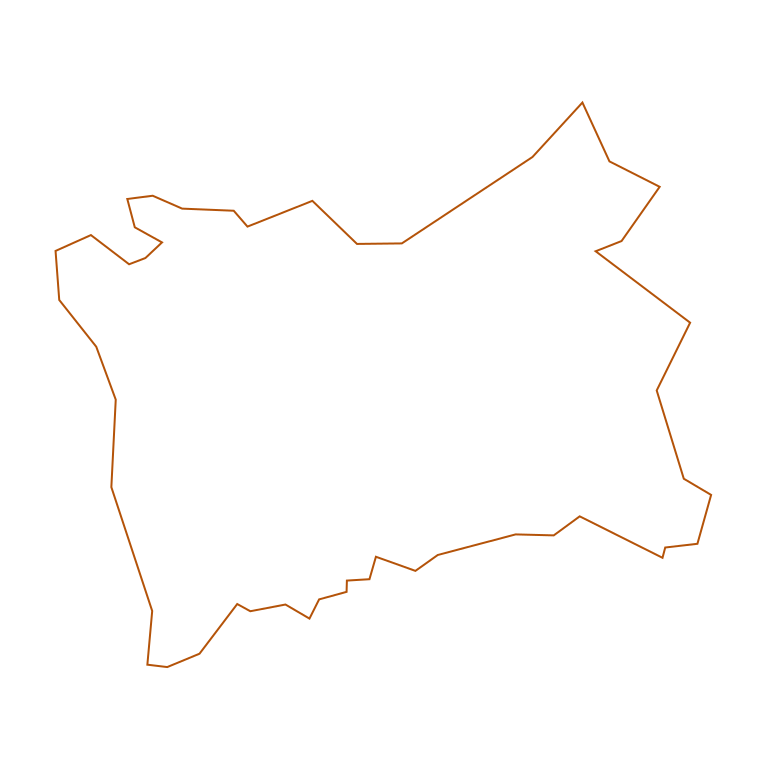 the Department of San Pedro, rotated 265°
{"feature_id": "PRY-606", "entity_name": "San Pedro", "entity_type": "Department", "adm_level": 1, "iso_a3": "PRY", "parent_name": "Paraguay", "parent_adm1": "", "projection": "natural_earth1", "projection_center": [-56.605, -24.173], "detail": "coarse", "context": "isolated", "style": "outline", "palette": "amber", "viewbox_px": 768, "rotation_deg": 265, "n_neighbors": 0, "source": "natural_earth", "source_scale": "10m", "svg_char_len": 764}
<svg xmlns="http://www.w3.org/2000/svg" viewBox="0 0 768 768"><g transform="rotate(265 384 384)"><path d="M647.1,606.2L586.1,628.0L556.4,675.8L505.7,633.1L497.8,606.4L418.4,694.3L353.8,655.1L263.5,674.4L245.0,700.2L197.5,682.3L196.6,649.9L186.6,646.3L235.1,567.4L218.4,539.9L222.7,502.0L209.0,422.7L195.1,399.0L212.6,360.9L190.8,352.5L191.4,329.9L180.2,328.6L175.1,300.6L156.8,289.3L172.9,266.6L169.3,231.0L177.6,218.6L131.4,176.7L120.9,143.4L125.0,123.8L178.1,133.3L305.0,103.4L391.8,115.4L446.2,100.6L496.0,67.8L545.2,68.4L557.9,105.0L525.5,140.5L530.3,157.3L544.4,175.2L561.8,149.4L590.7,144.4L591.7,170.0L576.3,198.2L569.7,249.4L552.7,261.7L572.7,328.6L525.9,369.3L522.5,414.0L597.2,551.7L647.1,606.2Z" fill="none" stroke="#b45309" stroke-width="2"/></g></svg>